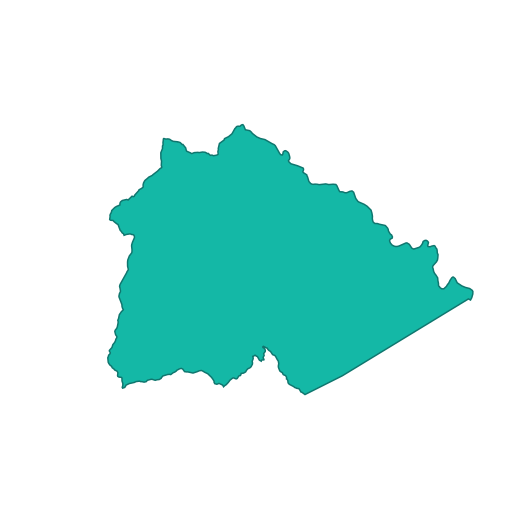 outline of Pangkhar, Shemgang, Bhutan, rotated 334°
{"feature_id": "84629894B98879002213822", "entity_name": "Pangkhar", "entity_type": "district", "adm_level": 2, "iso_a3": "BTN", "parent_name": "Bhutan", "parent_adm1": "Shemgang", "projection": "mercator", "projection_center": [90.778, 26.9], "detail": "fine", "context": "isolated", "style": "filled", "palette": "teal", "viewbox_px": 512, "rotation_deg": 334, "n_neighbors": 0, "source": "geoboundaries", "source_scale": "gbopen_adm2", "svg_char_len": 6108}
<svg xmlns="http://www.w3.org/2000/svg" viewBox="0 0 512 512"><g transform="rotate(334 256 256)"><path d="M301.8,132.2L301.1,131.9L299.9,131.9L298.5,132.4L296.8,131.5L295.9,131.2L294.9,131.3L294.5,131.7L292.9,132.2L288.2,135.5L287.4,135.8L283.5,136.7L279.3,136.7L278.8,137.0L278.5,137.6L277.5,137.9L272.5,138.8L269.2,142.8L269.0,143.6L267.5,145.5L266.9,147.3L266.6,147.9L265.9,148.1L264.8,148.1L262.4,147.4L261.7,147.2L260.7,146.0L259.1,145.5L258.0,142.8L256.9,142.4L256.6,141.6L255.8,140.5L253.5,139.1L250.1,138.1L249.3,137.4L245.8,136.0L243.8,135.9L242.9,135.6L242.1,134.3L239.6,131.4L239.7,130.1L240.2,128.0L239.2,123.7L238.5,123.4L237.6,120.8L236.3,119.5L235.6,119.2L235.5,118.9L231.8,116.6L230.6,115.1L229.6,113.3L229.2,112.9L228.1,112.1L226.2,111.4L224.7,110.0L224.3,110.0L223.4,111.2L223.0,112.2L222.4,112.7L221.2,115.4L220.2,116.1L219.0,118.5L215.7,121.5L213.3,126.6L212.7,129.3L210.6,133.0L210.3,134.8L209.8,135.2L208.0,135.4L204.6,136.6L199.1,137.7L197.9,138.1L194.2,138.1L192.3,138.7L189.6,139.3L188.6,139.8L186.9,141.1L185.6,142.7L185.2,143.9L184.5,144.7L182.6,145.1L179.9,145.2L179.1,145.9L173.9,148.0L172.6,149.0L171.6,148.8L170.8,147.9L165.6,149.6L164.6,148.5L160.2,147.5L158.3,147.9L157.7,148.2L156.9,148.9L156.0,150.5L152.3,150.3L150.3,150.5L146.2,151.9L145.7,152.7L144.3,154.0L143.3,154.6L142.5,155.6L142.1,156.7L140.5,159.0L140.6,159.5L141.1,160.2L143.1,161.4L143.5,162.9L145.0,166.1L145.8,167.1L145.2,173.4L145.7,174.9L145.9,176.7L146.7,177.9L146.5,179.6L148.9,179.8L152.2,180.8L153.0,181.3L153.7,182.2L155.0,183.0L155.3,183.6L155.4,184.6L155.0,185.8L154.6,186.4L151.1,189.4L149.3,191.3L148.6,192.4L147.4,195.8L146.5,197.6L145.8,198.6L142.2,200.4L139.0,203.4L137.9,205.1L136.1,208.9L135.4,212.0L134.6,212.8L133.4,213.4L132.3,214.4L121.5,221.9L120.5,222.9L120.0,223.7L119.7,225.3L118.8,228.2L118.0,229.1L117.0,229.7L115.2,232.0L114.9,232.9L114.2,240.8L113.4,242.8L113.1,244.9L113.3,245.9L112.6,246.4L110.7,247.0L107.5,248.8L105.0,252.0L103.6,253.2L103.3,254.7L102.5,256.0L100.1,259.1L99.0,260.0L96.9,261.0L96.0,262.0L95.3,265.3L95.6,266.9L95.5,267.8L94.8,268.6L93.6,269.3L92.3,270.8L90.9,271.8L88.5,272.9L86.4,275.1L82.8,276.6L82.5,277.5L82.7,278.9L82.5,279.4L81.3,280.2L80.1,280.5L79.1,281.8L78.5,282.1L78.1,282.7L76.6,286.7L76.6,288.2L77.0,290.3L77.8,291.7L77.8,293.4L78.8,295.3L79.0,296.5L80.5,298.4L80.7,299.2L80.7,300.4L79.2,302.7L79.0,303.6L79.8,304.8L81.6,305.9L82.0,306.5L81.9,307.2L80.8,309.5L80.4,312.3L79.5,314.0L78.2,315.4L78.2,316.3L80.4,316.6L82.0,315.6L82.4,315.1L86.2,315.1L91.2,316.3L93.1,316.3L96.4,317.4L97.3,318.4L98.5,319.0L100.1,320.3L102.2,320.8L103.9,320.1L107.6,320.8L108.6,321.3L110.9,323.5L113.0,323.9L114.8,324.6L117.1,324.4L117.4,324.0L119.8,323.0L124.7,323.8L126.5,324.5L127.4,325.2L130.3,324.6L132.3,324.7L134.1,324.4L134.7,324.0L137.7,323.9L139.5,324.2L140.6,325.5L141.1,328.6L143.0,329.9L143.8,330.2L148.1,333.6L152.4,334.2L154.7,334.3L156.6,334.9L157.4,335.6L159.0,338.1L161.0,340.6L162.8,345.5L163.3,348.3L163.4,350.4L162.9,351.3L163.0,352.7L164.6,354.1L166.8,354.3L167.3,354.7L169.1,357.0L169.5,357.7L169.5,359.3L171.1,358.8L172.8,358.6L175.7,357.5L178.2,356.2L181.4,355.5L182.6,355.8L183.6,357.2L184.7,357.9L185.5,357.8L187.8,356.4L188.8,356.3L189.6,356.6L190.6,355.8L191.2,355.0L193.5,355.8L195.0,355.7L195.9,355.6L197.5,354.5L199.1,353.8L201.7,353.8L203.0,353.4L205.3,351.7L206.0,350.6L206.4,349.0L208.3,347.2L208.7,346.6L209.1,344.8L210.0,345.0L211.3,344.7L212.0,345.1L212.3,346.1L212.9,346.6L213.2,347.3L213.4,351.1L214.6,352.8L215.1,352.2L215.8,352.1L217.5,352.8L217.9,352.3L217.7,351.2L218.0,350.2L219.7,349.0L220.1,347.1L222.4,345.9L223.0,344.9L223.1,344.3L222.9,342.5L222.1,341.3L222.2,340.7L223.0,340.4L223.9,341.4L224.7,342.8L225.6,343.6L225.8,345.3L226.2,346.5L227.2,348.2L227.7,351.9L229.3,353.7L229.6,354.9L229.7,358.5L230.0,360.0L229.3,362.6L227.8,364.7L227.3,366.1L227.0,369.7L227.4,370.7L228.6,372.5L228.4,373.5L228.6,374.7L230.0,376.3L230.2,376.9L230.3,377.7L230.1,379.0L229.5,379.8L229.9,380.4L230.0,381.9L229.3,383.8L229.3,384.9L229.9,386.2L232.7,390.0L233.0,390.9L233.6,391.7L234.2,392.1L234.6,392.8L236.4,394.0L236.7,396.2L236.7,397.8L237.5,398.6L239.3,402.0L281.1,401.5L428.1,387.7L429.5,389.6L431.6,388.1L434.2,385.2L435.4,382.9L435.3,381.7L433.8,378.9L430.4,376.0L427.9,373.1L425.5,369.0L425.1,368.3L425.1,363.6L424.2,361.5L423.7,361.2L422.4,361.4L419.8,362.9L416.9,365.2L416.1,365.3L413.8,366.8L410.4,367.8L408.6,366.9L407.4,364.9L407.5,364.1L407.1,363.4L407.2,362.3L408.0,360.6L408.7,357.8L409.7,355.3L409.3,351.7L408.9,350.0L408.9,347.8L409.6,345.2L409.7,343.8L410.2,342.9L411.1,342.2L416.0,340.2L416.3,339.7L417.3,339.2L418.5,337.5L420.2,334.6L420.3,332.7L421.3,330.2L421.6,329.0L421.3,327.9L421.2,325.5L420.6,324.7L418.1,324.1L416.4,324.0L414.7,322.8L415.1,321.5L416.1,320.5L417.0,319.3L416.6,317.6L415.7,316.4L414.3,316.0L412.6,316.2L411.4,317.5L410.0,318.5L407.7,319.6L406.2,319.7L400.8,318.9L399.5,317.3L398.9,312.7L397.4,310.4L396.4,310.0L388.9,309.7L387.4,309.4L385.9,308.8L384.6,307.8L383.2,306.0L382.5,303.5L382.6,301.3L382.9,300.6L384.1,299.7L386.1,299.7L387.0,298.7L387.1,296.6L386.3,295.1L386.0,291.7L386.5,289.9L386.5,288.6L385.7,285.6L385.4,285.1L380.8,281.5L379.4,280.1L377.0,278.8L376.3,277.1L376.2,276.4L376.5,274.9L376.9,273.5L378.1,271.3L379.0,268.2L379.5,265.2L377.7,260.0L375.9,257.0L371.9,252.3L371.5,251.5L370.9,247.9L371.7,241.5L370.8,239.6L368.6,239.0L366.5,239.0L364.9,238.8L363.6,238.1L362.1,236.4L359.8,235.2L359.5,234.8L359.3,233.5L359.5,228.1L359.1,226.7L356.8,225.3L352.7,223.7L350.3,221.8L344.1,219.6L342.1,218.1L340.1,217.1L338.9,216.7L337.7,215.9L336.9,214.8L336.2,212.2L337.0,207.6L337.0,205.9L337.2,205.3L335.4,202.3L335.0,201.2L335.0,200.8L336.5,199.4L336.9,198.4L336.9,197.6L332.9,193.1L327.8,188.4L326.8,185.6L326.9,184.6L328.8,183.5L329.4,182.7L329.9,181.1L330.4,178.0L330.1,176.5L328.9,174.4L327.9,174.0L326.2,174.3L324.8,176.1L324.1,176.7L323.7,176.7L322.6,175.7L322.2,174.2L321.7,165.3L321.1,163.8L319.7,162.1L315.1,155.3L311.4,152.3L308.9,149.3L306.4,144.1L306.2,142.8L305.3,140.6L301.8,137.9L302.1,133.7L301.8,132.2Z" fill="#14b8a6" stroke="#0f766e" stroke-width="1.5"/></g></svg>